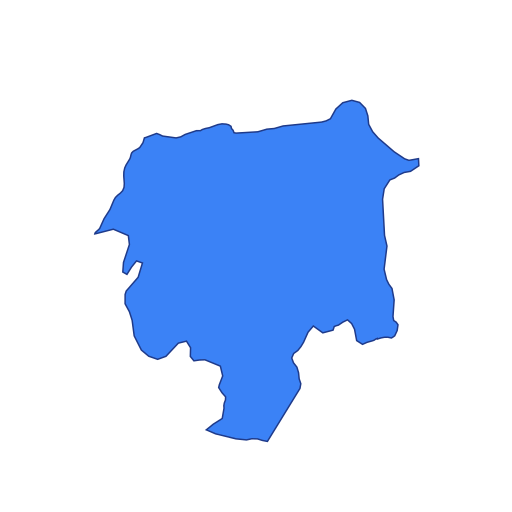 an SVG outline of Oyo, rotated 21°
{"feature_id": "NGA-2856", "entity_name": "Oyo", "entity_type": "State", "adm_level": 1, "iso_a3": "NGA", "parent_name": "Nigeria", "parent_adm1": "", "projection": "mercator", "projection_center": [3.592, 8.111], "detail": "fine", "context": "isolated", "style": "filled", "palette": "blue", "viewbox_px": 512, "rotation_deg": 21, "n_neighbors": 0, "source": "natural_earth", "source_scale": "10m", "svg_char_len": 2232}
<svg xmlns="http://www.w3.org/2000/svg" viewBox="0 0 512 512"><g transform="rotate(21 256 256)"><path d="M97.6,293.1L97.5,292.3L97.9,291.0L99.6,287.8L100.2,286.3L100.8,275.6L103.0,264.9L103.3,254.8L103.8,251.7L105.1,248.8L106.8,246.0L108.1,242.9L108.2,239.2L107.1,235.6L103.8,228.5L102.5,224.8L101.9,220.8L102.1,217.5L103.4,210.5L103.4,208.9L103.0,205.8L103.0,204.3L103.9,202.2L107.2,198.4L108.6,196.4L109.9,190.7L109.5,185.7L110.7,184.8L119.3,177.2L122.6,177.2L125.8,177.5L139.1,174.4L143.1,171.7L146.3,167.9L155.4,160.4L159.2,158.9L160.5,157.2L163.1,155.1L166.4,153.0L173.3,147.0L176.9,144.8L180.8,143.6L183.4,143.3L186.2,143.9L187.5,145.8L189.5,146.8L191.3,148.8L193.4,148.4L213.2,139.4L220.7,133.7L227.4,130.4L234.7,124.9L269.2,107.5L273.1,104.7L276.3,101.2L277.9,90.1L282.1,81.8L289.7,76.3L297.7,75.5L305.3,79.0L310.2,85.1L314.0,92.7L320.4,98.2L327.8,102.1L347.6,109.2L359.9,112.0L364.5,111.9L372.8,106.9L375.7,113.4L369.9,121.6L364.4,124.9L360.2,129.2L357.5,133.5L353.7,137.0L351.6,147.3L353.8,157.6L368.6,190.7L374.7,199.8L380.3,222.4L386.4,231.3L390.2,234.8L394.6,237.6L400.7,247.5L405.6,263.5L407.7,266.9L410.5,267.5L413.2,269.3L414.5,275.0L414.1,280.8L412.7,282.9L411.8,284.0L408.1,284.6L405.1,285.8L402.0,287.7L399.1,290.0L398.8,289.5L397.5,290.7L396.5,292.2L395.4,293.2L390.6,296.8L387.1,300.3L380.3,298.9L374.2,289.0L369.5,284.8L364.3,282.8L360.8,286.6L357.7,291.0L355.8,292.4L354.3,293.8L354.5,297.6L345.9,303.8L334.6,300.8L331.9,308.5L331.3,319.5L330.4,324.5L328.9,329.2L326.1,333.5L325.9,338.4L329.3,342.3L334.0,345.1L337.6,349.8L340.3,355.2L343.6,359.2L344.5,363.9L333.1,425.0L328.0,425.9L323.0,426.2L317.6,428.1L313.0,431.1L302.7,433.9L282.0,436.5L271.9,436.1L276.4,428.3L282.7,419.8L280.7,409.6L279.6,407.2L279.1,404.6L279.1,401.4L278.1,398.4L273.2,395.8L268.3,392.2L267.9,389.3L267.9,379.9L262.2,371.6L245.5,371.2L240.4,373.4L235.6,376.1L230.7,373.3L227.8,365.1L221.6,360.4L214.7,365.2L207.9,381.9L201.2,387.7L191.8,388.0L182.7,384.9L170.9,374.2L163.4,360.4L157.8,353.4L150.9,347.5L147.6,338.8L147.4,335.2L153.6,318.1L152.5,303.2L146.2,303.4L143.8,310.8L142.1,319.4L137.4,318.7L134.6,309.5L133.7,290.6L129.5,282.7L113.2,282.1L98.7,292.4L97.6,293.1Z" fill="#3b82f6" stroke="#1e3a8a" stroke-width="1.5"/></g></svg>